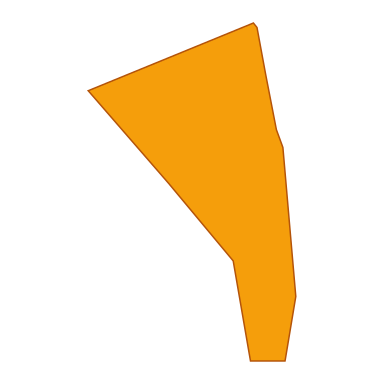 Fond Doux, Soufrière, Saint Lucia (Mercator projection)
{"feature_id": "8701671B36300089777335", "entity_name": "Fond Doux", "entity_type": "district", "adm_level": 2, "iso_a3": "LCA", "parent_name": "Saint Lucia", "parent_adm1": "Soufrière", "projection": "mercator", "projection_center": [-61.049, 13.821], "detail": "fine", "context": "isolated", "style": "filled", "palette": "amber", "viewbox_px": 384, "rotation_deg": 0, "n_neighbors": 0, "source": "geoboundaries", "source_scale": "gbopen_adm2", "svg_char_len": 307}
<svg xmlns="http://www.w3.org/2000/svg" viewBox="0 0 384 384"><path d="M281.9,144.7L276.4,129.7L265.6,74.1L257.0,27.5L253.4,23.0L88.2,90.7L168.4,183.1L233.2,260.9L249.0,352.4L250.5,361.0L285.0,361.0L285.4,358.9L295.8,296.5L282.9,147.5L281.9,144.7Z" fill="#f59e0b" stroke="#b45309" stroke-width="1.5"/></svg>